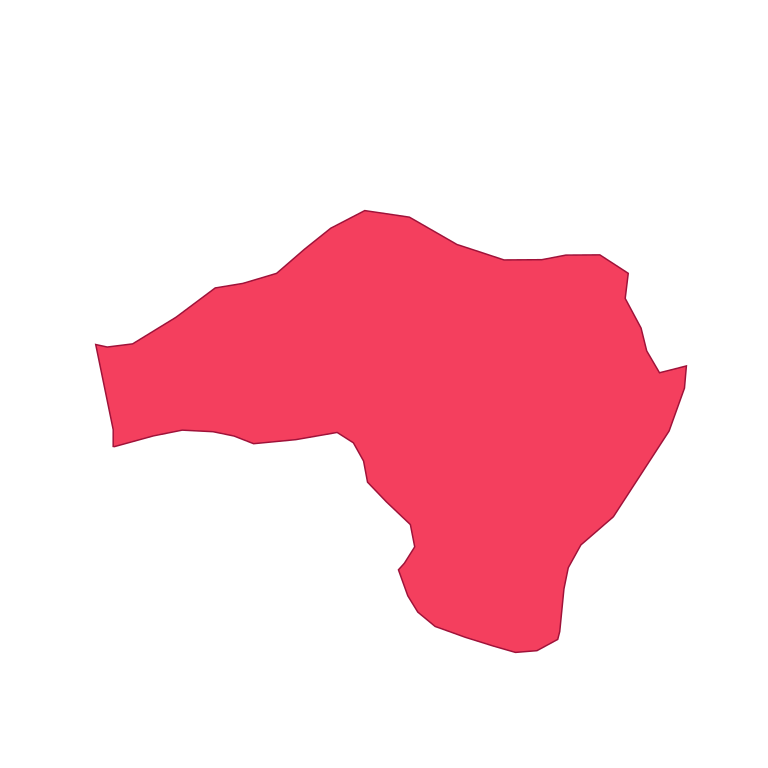 an SVG outline of Manatuto, rotated 113°
{"feature_id": "TLS-550", "entity_name": "Manatuto", "entity_type": "District", "adm_level": 1, "iso_a3": "TLS", "parent_name": "East Timor", "parent_adm1": "", "projection": "albers", "projection_center": [126.0, -8.769], "detail": "fine", "context": "isolated", "style": "filled", "palette": "rose", "viewbox_px": 768, "rotation_deg": 113, "n_neighbors": 0, "source": "natural_earth", "source_scale": "10m", "svg_char_len": 855}
<svg xmlns="http://www.w3.org/2000/svg" viewBox="0 0 768 768"><g transform="rotate(113 384 384)"><path d="M547.3,608.9L531.9,615.4L460.3,664.8L458.1,653.2L445.3,631.1L403.9,601.6L361.5,576.9L346.6,553.3L324.1,526.1L290.9,509.8L261.4,493.9L231.9,469.5L220.5,425.8L227.1,371.2L226.8,368.4L222.9,322.0L207.9,287.3L194.3,267.0L180.8,235.8L186.7,202.4L211.0,195.4L232.1,169.2L250.9,155.1L266.0,134.8L249.2,112.7L270.4,105.8L315.9,103.2L416.6,121.0L455.2,139.9L481.1,142.6L502.3,138.3L543.2,125.5L551.2,124.3L569.7,139.0L579.7,158.1L582.5,180.9L585.4,210.3L587.2,242.2L580.8,263.7L569.7,279.3L549.4,298.1L541.0,295.2L521.9,292.1L503.1,304.8L491.6,335.6L480.8,360.8L462.9,372.7L450.1,389.2L446.9,408.2L469.6,443.3L489.9,480.7L490.5,501.7L494.7,522.7L505.3,551.7L521.8,575.9L547.0,607.7L547.3,608.9Z" fill="#f43f5e" stroke="#9f1239" stroke-width="1.5"/></g></svg>